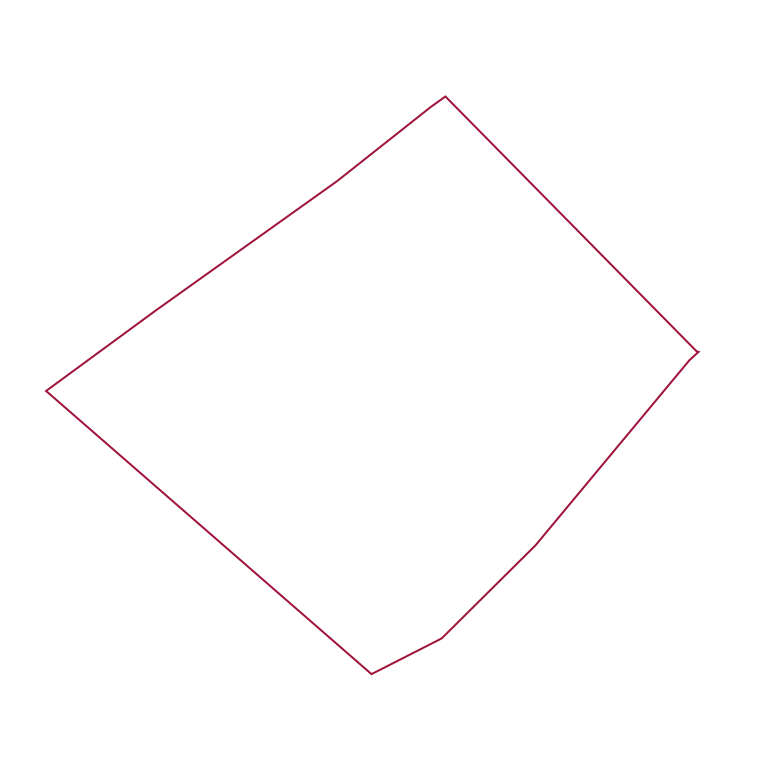 the district of 34, Ad Dawhah, Qatar, rotated 137°
{"feature_id": "91078587B88603978758954", "entity_name": "34", "entity_type": "district", "adm_level": 2, "iso_a3": "QAT", "parent_name": "Qatar", "parent_adm1": "Ad Dawhah", "projection": "robinson", "projection_center": [51.479, 25.313], "detail": "fine", "context": "isolated", "style": "outline", "palette": "rose", "viewbox_px": 768, "rotation_deg": 137, "n_neighbors": 0, "source": "geoboundaries", "source_scale": "gbopen_adm2", "svg_char_len": 334}
<svg xmlns="http://www.w3.org/2000/svg" viewBox="0 0 768 768"><g transform="rotate(137 384 384)"><path d="M143.0,552.4L160.7,554.7L280.1,564.4L500.5,593.4L635.9,609.4L591.0,180.3L590.1,180.1L584.3,178.4L515.3,158.6L383.2,162.7L144.5,193.1L132.1,193.0L133.1,194.8L143.0,552.4Z" fill="none" stroke="#9f1239" stroke-width="2"/></g></svg>